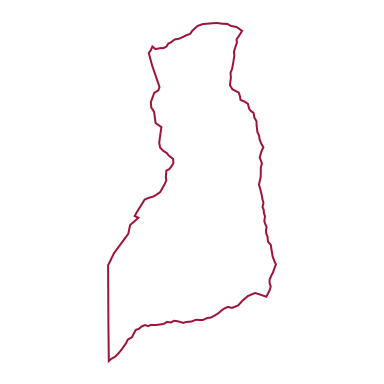 Alto Paraná, Paraná, Brazil (Robinson projection)
{"feature_id": "56859067B34813468974748", "entity_name": "Alto Paraná", "entity_type": "district", "adm_level": 2, "iso_a3": "BRA", "parent_name": "Brazil", "parent_adm1": "Paraná", "projection": "robinson", "projection_center": [-52.31, -23.07], "detail": "fine", "context": "isolated", "style": "outline", "palette": "rose", "viewbox_px": 384, "rotation_deg": 0, "n_neighbors": 0, "source": "geoboundaries", "source_scale": "gbopen_adm2", "svg_char_len": 2202}
<svg xmlns="http://www.w3.org/2000/svg" viewBox="0 0 384 384"><path d="M242.1,30.9L236.6,27.0L230.9,25.9L227.2,23.9L223.0,23.8L217.1,23.0L211.8,23.3L202.7,24.1L197.7,25.9L195.6,27.7L192.3,30.7L190.2,33.9L185.8,35.5L183.3,36.8L179.1,38.7L174.7,39.5L170.8,42.4L168.3,43.6L166.5,46.5L163.5,48.1L160.5,48.1L155.4,49.1L152.4,46.5L150.9,50.0L148.8,53.0L152.1,65.4L159.5,87.0L158.4,90.3L154.2,92.9L150.8,102.3L151.3,107.6L154.1,111.9L155.6,123.1L161.4,127.1L159.2,142.5L160.1,147.6L163.3,150.9L166.6,152.9L168.9,155.7L173.1,158.9L173.4,163.1L171.1,166.9L169.0,169.4L166.4,170.5L165.8,177.1L166.3,180.3L165.0,183.5L160.2,192.1L156.4,194.7L153.4,196.5L148.9,197.8L144.7,199.5L136.5,212.7L134.7,216.0L138.4,217.8L130.1,225.0L128.3,233.8L114.1,253.0L108.1,265.3L108.4,324.2L108.8,361.0L111.5,358.7L115.1,356.7L118.8,353.0L121.5,349.6L126.0,343.3L127.7,339.7L132.0,337.1L134.2,332.7L135.9,329.8L138.6,329.0L141.9,326.3L145.0,325.1L148.2,326.1L150.9,324.9L155.1,325.1L160.7,324.4L164.0,323.8L166.9,321.9L170.9,322.5L173.9,320.8L176.9,321.1L180.4,322.0L183.2,322.9L186.3,322.0L191.6,321.5L195.9,319.8L200.1,320.0L202.8,320.0L207.3,318.0L210.7,317.6L214.9,315.4L218.5,313.1L221.8,310.2L225.1,308.1L228.0,306.9L231.8,307.9L234.9,306.8L238.1,305.4L240.3,303.1L242.6,300.5L245.3,298.3L247.8,296.1L252.1,294.2L255.1,293.0L259.3,294.3L266.3,296.7L268.1,293.4L269.8,289.7L270.7,286.5L269.5,282.6L269.7,279.4L271.2,275.8L273.0,272.4L274.3,268.7L275.9,264.3L274.4,261.2L272.7,256.6L271.7,250.9L270.8,245.0L267.9,241.4L267.5,236.5L266.3,233.8L266.0,230.6L266.6,227.0L265.3,224.1L264.3,221.2L265.0,216.3L264.0,213.4L263.7,209.8L262.5,207.1L263.5,202.8L262.5,199.5L261.7,195.0L260.1,188.3L258.9,184.7L259.8,180.9L260.7,177.0L260.8,172.7L260.8,167.7L261.9,163.4L259.7,157.4L260.7,153.9L261.9,150.3L263.4,147.4L261.2,143.5L259.6,139.4L259.2,136.0L257.4,132.0L256.6,125.5L256.5,121.3L254.4,117.6L253.5,112.7L250.9,111.1L249.2,108.8L247.9,103.8L244.5,101.6L240.5,99.9L240.0,96.5L238.8,92.6L235.9,91.1L232.4,89.3L230.0,85.3L230.3,82.2L230.9,77.6L230.5,72.8L232.1,68.9L232.6,66.0L233.2,63.0L233.8,59.0L234.4,55.3L233.9,51.9L235.4,47.0L236.9,42.8L236.6,39.3L239.2,35.5L242.1,30.9Z" fill="none" stroke="#9f1239" stroke-width="2"/></svg>